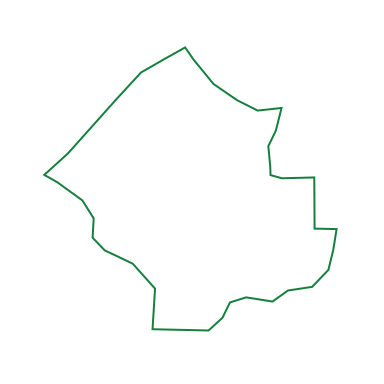 the district of Ablekuma Central Municipal, Greater Accra, Ghana, rotated 279°
{"feature_id": "2480657B99533750399286", "entity_name": "Ablekuma Central Municipal", "entity_type": "district", "adm_level": 2, "iso_a3": "GHA", "parent_name": "Ghana", "parent_adm1": "Greater Accra", "projection": "robinson", "projection_center": [-0.239, 5.554], "detail": "fine", "context": "isolated", "style": "outline", "palette": "green", "viewbox_px": 384, "rotation_deg": 279, "n_neighbors": 0, "source": "geoboundaries", "source_scale": "gbopen_adm2", "svg_char_len": 610}
<svg xmlns="http://www.w3.org/2000/svg" viewBox="0 0 384 384"><g transform="rotate(279 192 192)"><path d="M289.0,267.3L282.7,244.1L289.7,222.2L302.0,196.4L314.4,182.5L323.2,172.6L333.7,162.6L319.6,144.7L302.0,122.9L272.1,103.0L210.5,63.3L185.8,43.4L180.6,57.3L166.5,85.1L150.6,99.0L131.3,101.0L120.7,114.9L111.9,144.7L90.8,170.6L50.3,174.5L57.8,230.0L72.6,241.8L88.9,246.8L96.4,261.9L96.4,288.7L109.7,302.1L117.1,325.5L136.4,338.9L157.2,340.6L178.0,340.6L175.0,318.8L225.5,310.5L219.6,278.6L221.0,266.9L229.9,265.2L249.2,260.2L265.6,265.2L289.0,267.3Z" fill="none" stroke="#15803d" stroke-width="2"/></g></svg>